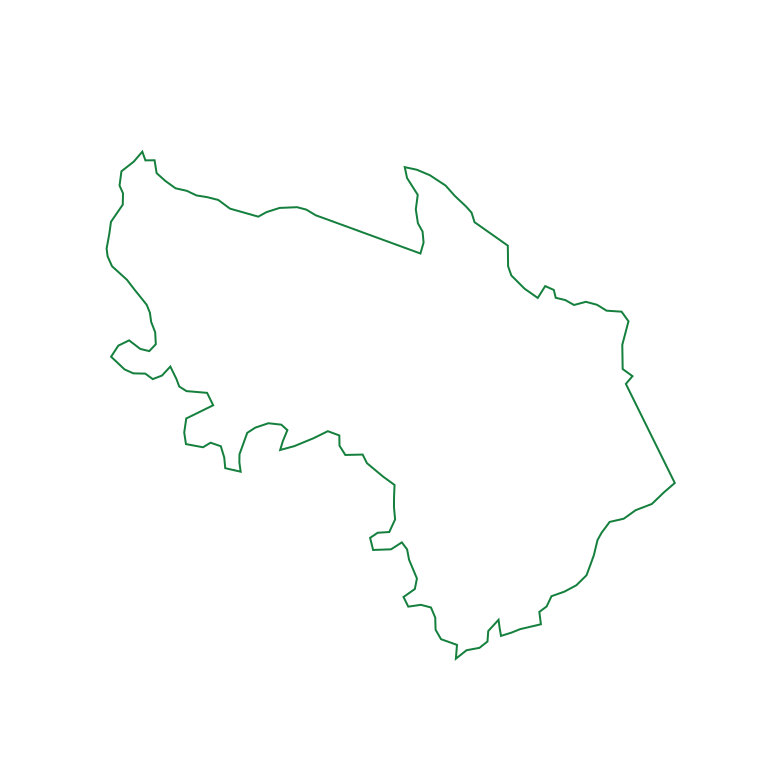 the district of Kaloré, Paraná, Brazil, rotated 76°
{"feature_id": "56859067B74207450909623", "entity_name": "Kaloré", "entity_type": "district", "adm_level": 2, "iso_a3": "BRA", "parent_name": "Brazil", "parent_adm1": "Paraná", "projection": "robinson", "projection_center": [-51.69, -23.863], "detail": "fine", "context": "isolated", "style": "outline", "palette": "green", "viewbox_px": 768, "rotation_deg": 76, "n_neighbors": 0, "source": "geoboundaries", "source_scale": "gbopen_adm2", "svg_char_len": 2109}
<svg xmlns="http://www.w3.org/2000/svg" viewBox="0 0 768 768"><g transform="rotate(76 384 384)"><path d="M667.9,380.7L662.3,368.3L663.1,355.2L658.9,345.9L648.9,342.6L640.5,329.9L648.4,330.8L656.7,331.4L656.1,320.6L654.8,311.2L655.1,289.9L642.7,288.4L639.2,280.0L630.4,272.8L629.1,259.1L625.8,246.0L618.6,233.8L609.7,227.7L600.9,221.8L587.1,214.6L581.0,208.9L572.4,198.4L572.7,184.0L567.3,170.3L565.2,153.1L556.8,138.5L550.4,125.8L442.4,149.3L436.5,141.0L427.2,148.8L403.6,143.3L382.3,131.6L371.3,136.0L366.7,150.3L358.7,158.1L353.1,168.2L353.3,180.5L346.4,187.8L341.9,196.5L333.8,196.5L328.0,203.9L337.7,214.0L325.6,224.5L309.5,234.2L299.8,235.1L279.7,230.4L248.9,257.0L238.9,257.6L231.7,261.4L218.6,269.8L206.4,276.2L192.5,289.0L184.1,300.2L178.6,311.4L189.7,311.8L208.6,305.5L222.3,310.9L236.3,312.2L245.4,309.7L256.4,311.4L266.2,317.1L209.9,400.3L203.8,409.4L196.0,417.2L191.4,425.6L187.9,442.7L188.8,456.4L191.2,465.5L176.6,491.0L165.3,500.3L159.8,510.6L155.7,520.3L148.8,528.7L143.7,538.9L134.0,547.1L124.4,553.6L111.4,552.5L109.3,561.4L100.1,562.3L107.7,573.0L114.1,587.3L127.5,592.6L135.8,591.1L146.8,594.1L160.6,609.7L171.6,614.1L185.5,620.4L193.4,621.3L204.0,619.4L220.7,608.2L232.2,603.2L249.7,595.1L258.2,593.9L267.4,594.9L278.4,593.5L290.2,595.8L295.3,603.8L291.0,612.0L280.0,620.8L282.5,632.5L291.5,642.2L307.1,632.2L313.0,624.7L316.2,613.1L323.3,607.2L322.1,597.4L315.4,587.1L328.9,584.2L336.9,583.3L343.1,577.4L349.8,557.8L363.3,554.9L369.6,584.2L382.8,589.6L394.4,590.7L401.6,574.9L399.0,566.5L404.9,557.4L416.7,556.8L427.3,558.4L434.4,544.3L425.0,543.3L417.2,541.2L398.3,528.5L395.2,519.4L394.1,505.7L398.6,493.5L405.4,488.9L415.0,496.0L422.9,500.7L422.6,486.1L419.6,465.7L416.2,449.9L423.1,439.8L433.1,442.1L443.5,438.7L447.3,421.8L456.7,419.7L473.9,407.1L484.5,398.2L496.1,401.6L505.8,404.1L518.1,406.0L528.9,414.7L526.8,426.1L529.9,434.7L542.4,434.7L546.1,417.2L542.0,405.0L550.1,401.6L560.5,402.2L580.7,399.1L590.4,403.7L595.4,416.6L605.9,414.3L607.2,401.6L612.2,392.5L623.1,390.8L634.9,393.4L645.4,390.4L654.8,376.3L667.9,380.7Z" fill="none" stroke="#15803d" stroke-width="2"/></g></svg>